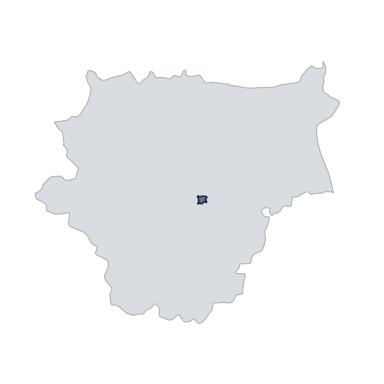 Minsk City, City of Minsk, Belarus (highlighted), rotated 174°
{"feature_id": "67162791B57724394311820", "entity_name": "Minsk City", "entity_type": "district", "adm_level": 2, "iso_a3": "BLR", "parent_name": "Belarus", "parent_adm1": "City of Minsk", "projection": "orthographic", "projection_center": [27.611, 53.884], "detail": "fine", "context": "in_parent", "style": "filled", "palette": "slate", "viewbox_px": 384, "rotation_deg": 174, "n_neighbors": 0, "source": "geoboundaries", "source_scale": "gbopen_adm2", "svg_char_len": 4488}
<svg xmlns="http://www.w3.org/2000/svg" viewBox="0 0 384 384"><g transform="rotate(174 192 192)"><path d="M321.5,276.1L315.1,276.1L307.6,276.6L303.5,279.9L298.8,278.6L295.6,280.5L288.4,289.0L285.6,293.5L283.1,300.4L281.6,305.5L282.7,309.0L284.2,312.2L284.7,315.7L285.5,318.4L283.7,320.5L282.7,323.5L279.5,323.1L275.4,320.5L274.5,316.5L271.3,313.8L269.3,312.4L266.0,312.3L260.8,313.8L254.0,315.0L248.8,315.4L246.0,316.9L241.9,318.4L240.3,316.8L237.8,312.3L235.8,307.8L234.5,305.9L233.4,305.3L232.0,305.5L230.4,306.9L229.2,308.4L224.9,310.2L223.1,311.9L221.0,316.1L219.6,315.8L218.2,314.9L216.5,310.2L214.2,309.2L210.6,309.2L206.1,308.2L202.4,306.8L201.1,307.2L198.9,309.2L196.6,309.5L191.5,307.7L190.5,308.6L187.5,313.7L186.1,314.0L185.3,313.3L185.8,308.8L182.8,307.3L177.8,307.0L174.2,307.6L172.5,307.5L171.6,306.6L167.3,299.0L165.1,298.6L161.0,298.9L155.0,297.9L148.1,296.1L144.3,295.5L142.3,293.7L138.0,293.1L126.7,289.7L122.0,289.0L115.1,288.8L104.7,287.7L98.0,287.9L94.8,288.8L91.2,289.3L78.7,289.7L74.2,290.3L72.9,291.9L71.3,295.2L65.8,301.0L60.7,304.7L59.7,305.0L56.9,302.7L54.5,301.9L51.7,301.5L49.6,302.0L48.3,303.0L48.2,307.6L47.9,308.0L46.0,302.4L46.4,297.4L47.8,294.7L49.4,292.2L49.0,288.4L50.8,283.4L51.0,279.8L50.5,278.1L49.4,276.3L46.3,274.1L44.9,272.4L40.7,270.0L36.6,267.1L35.9,265.5L36.2,264.4L37.1,262.8L40.6,258.1L44.5,253.5L46.8,251.7L59.2,246.3L61.1,244.3L61.8,240.7L62.0,233.4L61.6,226.7L60.9,222.0L59.1,213.3L53.9,195.2L51.3,176.5L53.7,177.7L59.2,178.4L63.7,177.4L66.0,177.4L68.0,177.9L73.9,177.1L75.3,178.9L77.8,180.4L83.0,178.6L87.7,176.2L92.4,176.6L93.1,175.4L94.5,168.9L96.0,167.5L101.5,168.4L103.7,167.3L105.9,164.1L109.3,162.2L112.1,162.3L115.0,160.1L116.4,161.7L117.0,164.4L116.0,166.6L116.3,167.4L118.3,168.5L121.7,168.6L123.9,167.8L124.5,166.5L124.5,164.3L124.0,162.2L122.6,160.4L120.0,159.3L118.1,159.3L117.8,158.1L118.5,155.7L120.3,151.2L122.5,147.2L123.7,145.6L124.0,144.2L123.8,141.8L123.9,137.3L125.9,131.1L128.5,126.5L131.8,125.1L135.8,124.3L138.4,122.2L139.7,119.6L140.9,115.6L142.2,114.8L151.8,115.5L153.3,111.5L154.1,110.4L156.0,109.2L157.3,107.8L156.8,106.7L154.4,106.0L148.6,105.2L147.5,103.9L147.9,102.3L149.5,98.2L151.0,92.9L151.8,88.8L152.0,86.3L152.8,85.7L157.4,85.0L159.0,84.2L163.0,78.6L166.1,77.6L173.9,79.1L177.5,79.0L182.1,79.4L182.5,78.9L184.1,73.3L191.8,64.4L195.8,61.2L198.4,60.5L199.4,60.7L203.5,65.4L204.5,65.6L207.2,63.5L212.0,63.3L214.2,64.9L217.4,70.7L219.1,71.3L223.7,68.0L226.2,66.9L227.9,66.9L236.7,71.2L237.4,72.6L237.5,74.3L236.3,79.6L238.2,82.7L240.4,84.9L244.8,81.1L246.4,80.1L248.2,80.0L250.6,78.6L252.3,76.5L254.0,75.7L257.2,76.1L263.0,75.4L269.9,78.3L270.6,79.3L274.1,82.9L275.4,84.7L276.5,85.2L278.4,86.9L280.9,88.0L282.6,87.5L283.4,88.1L284.2,89.5L284.4,91.9L284.5,98.9L282.2,102.6L281.9,103.9L282.1,105.4L284.2,108.3L287.0,112.9L287.7,115.5L287.8,117.6L284.6,123.7L283.5,125.1L282.9,128.1L282.6,131.1L282.9,132.3L288.9,136.8L293.3,139.1L294.3,140.3L294.5,141.1L292.4,146.3L292.3,147.7L295.8,149.6L297.9,152.9L299.9,158.2L303.5,163.2L316.2,170.1L317.4,171.4L317.9,173.0L317.7,176.6L315.8,183.5L318.0,184.4L323.5,183.8L330.2,184.2L338.5,188.4L338.7,190.6L338.0,192.6L338.7,194.6L339.7,196.3L347.0,201.2L347.8,202.7L348.1,205.3L348.0,207.2L346.1,207.7L344.0,208.8L340.7,211.3L339.5,214.6L334.1,219.5L330.7,221.7L327.9,222.0L321.1,221.5L318.7,219.4L317.6,217.4L315.0,216.7L311.5,216.8L306.8,217.4L305.9,218.1L305.3,220.6L303.5,224.9L302.2,227.4L308.6,235.5L311.8,238.8L312.9,240.8L313.0,242.3L311.6,244.2L312.0,247.7L315.2,252.3L314.3,253.1L314.3,258.9L314.7,265.0L315.5,266.5L317.2,267.6L318.7,269.8L321.2,274.8L321.5,276.1Z" fill="#d9dde1" stroke="#a8b0b8" stroke-width="1"/><path d="M187.0,179.4L186.6,179.6L185.9,180.2L185.2,180.4L184.7,179.6L184.1,179.4L183.7,179.3L183.3,179.3L182.7,179.7L182.3,180.1L181.7,180.4L181.2,180.7L180.6,180.8L180.0,180.6L179.3,180.3L178.6,180.1L178.4,180.4L178.7,180.8L179.6,181.3L179.5,181.8L178.9,181.9L178.7,182.4L178.8,182.8L179.0,183.1L179.4,183.5L179.4,184.0L178.7,184.4L178.1,184.8L177.7,185.0L177.8,185.4L178.2,185.8L178.8,186.1L179.7,186.4L180.5,186.6L181.3,186.6L181.9,186.7L182.0,186.7L183.4,186.7L184.0,186.5L184.9,186.4L185.3,186.6L185.6,187.0L185.8,187.3L186.4,187.4L186.8,187.1L187.0,186.6L187.0,186.2L186.8,185.8L186.5,185.3L186.2,184.9L186.2,184.4L186.3,184.1L186.5,183.7L186.5,183.3L186.4,182.9L186.1,182.5L186.1,182.0L186.3,181.9L186.7,181.4L186.6,181.0L186.8,180.7L187.4,180.2L187.2,179.8L187.0,179.4Z" fill="#64748b" stroke="#1e293b" stroke-width="1.5"/></g></svg>